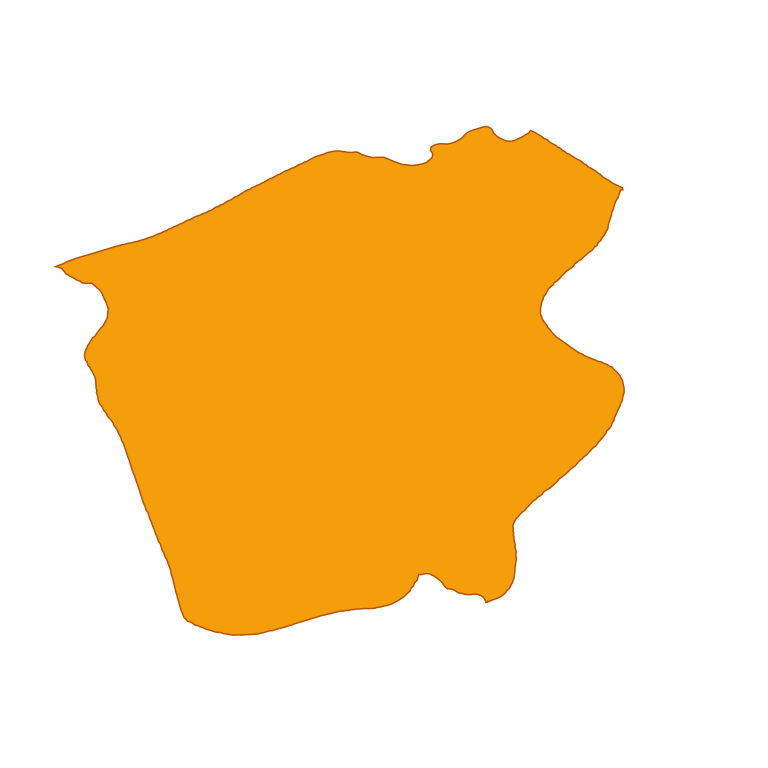 outline of Cidade De Chimoio, Manica, Mozambique, rotated 254°
{"feature_id": "85939544B35135302322965", "entity_name": "Cidade De Chimoio", "entity_type": "district", "adm_level": 2, "iso_a3": "MOZ", "parent_name": "Mozambique", "parent_adm1": "Manica", "projection": "equal_earth", "projection_center": [33.456, -19.135], "detail": "fine", "context": "isolated", "style": "filled", "palette": "amber", "viewbox_px": 768, "rotation_deg": 254, "n_neighbors": 0, "source": "geoboundaries", "source_scale": "gbopen_adm2", "svg_char_len": 6171}
<svg xmlns="http://www.w3.org/2000/svg" viewBox="0 0 768 768"><g transform="rotate(254 384 384)"><path d="M171.9,337.7L173.6,343.3L174.6,345.7L178.1,352.4L180.0,353.3L181.7,356.6L184.4,358.4L186.2,361.8L191.3,364.8L190.5,366.7L190.3,371.9L188.8,375.6L185.2,379.6L181.4,382.4L177.5,384.9L172.4,386.7L169.8,388.3L168.6,391.4L166.9,394.4L162.8,397.9L161.3,400.9L159.2,404.6L157.7,408.7L157.3,412.3L156.3,415.5L153.9,418.9L151.5,420.7L148.8,421.7L146.4,421.7L146.4,422.6L145.9,422.2L145.9,423.9L146.3,426.8L146.6,430.1L146.7,433.5L147.3,436.6L148.1,439.8L149.6,442.8L151.6,445.4L153.1,448.5L155.4,450.4L157.5,452.5L161.7,455.5L165.7,457.3L170.8,459.1L179.8,463.2L182.2,463.2L187.0,465.0L190.9,464.9L193.6,465.8L196.0,466.0L198.5,465.9L201.0,466.8L203.2,466.7L205.3,467.6L207.2,467.6L209.3,468.5L211.2,468.5L213.4,469.4L215.4,471.5L217.8,473.3L219.6,476.7L221.3,479.0L222.7,481.6L223.7,484.5L225.6,486.9L226.6,489.2L228.3,491.6L230.3,494.9L231.1,497.8L232.8,500.4L233.6,503.5L234.4,505.6L236.3,507.7L237.3,510.8L238.2,514.7L239.1,516.8L242.6,523.7L244.4,526.1L247.3,533.7L249.1,537.3L250.8,539.9L252.8,545.6L254.7,548.2L256.5,551.3L257.3,553.7L259.2,556.7L260.0,559.4L262.3,562.7L264.9,567.2L266.1,570.5L268.4,573.3L272.2,579.3L275.7,584.0L277.4,585.1L279.2,588.5L280.7,590.6L283.6,592.5L285.5,595.0L287.8,595.9L290.1,598.1L295.1,602.2L297.2,604.3L299.1,605.5L301.8,607.9L303.5,609.0L305.6,609.9L309.8,612.5L312.4,613.3L315.1,613.8L317.1,613.7L319.6,614.1L322.4,614.1L324.9,613.3L326.9,613.2L328.6,612.2L330.7,611.4L335.0,608.9L337.4,607.9L339.1,605.4L340.7,604.4L343.3,601.0L345.5,598.8L347.2,595.4L349.2,593.2L352.0,589.5L356.2,584.3L357.9,583.1L360.7,579.6L365.7,575.6L368.5,573.2L372.8,569.9L380.6,563.5L382.4,562.2L386.2,560.2L391.1,558.2L393.5,556.9L395.2,556.8L399.7,555.0L402.1,554.2L408.5,553.8L411.0,554.5L413.6,555.4L415.4,556.3L419.3,558.1L421.4,560.2L423.7,561.4L425.7,564.0L430.1,568.2L431.6,571.3L432.6,573.9L434.3,575.5L435.3,578.6L436.9,581.7L439.4,585.5L440.4,587.7L441.9,590.2L444.7,598.1L446.8,600.2L448.6,605.0L449.4,607.6L453.7,616.4L454.7,619.5L455.7,621.7L457.4,623.8L458.4,626.9L460.7,628.7L462.3,632.1L464.8,634.2L466.3,636.8L469.0,639.1L471.5,641.9L476.1,644.0L480.6,647.0L483.5,649.1L486.0,650.2L488.5,652.3L493.6,655.5L496.1,657.4L498.8,660.5L500.7,661.6L505.3,664.9L504.8,667.2L506.8,667.3L513.7,659.4L518.9,655.1L521.1,652.9L523.5,650.9L525.6,649.9L527.6,647.9L529.7,646.7L534.5,642.4L536.0,640.2L538.8,639.0L540.4,637.0L542.3,636.0L544.9,634.0L546.6,631.8L551.8,627.1L553.6,625.8L555.5,623.1L557.5,621.9L559.7,619.7L561.8,618.6L563.8,616.2L566.1,614.9L568.5,612.2L571.4,609.5L573.7,608.5L575.7,605.7L579.3,603.2L581.1,601.1L583.5,599.1L587.3,594.9L585.5,592.5L584.8,589.7L583.6,586.0L582.2,577.4L582.2,573.4L583.8,568.7L587.0,564.7L589.9,561.6L592.8,559.7L595.4,558.5L599.0,557.9L601.9,555.7L603.4,553.5L603.8,548.9L603.6,545.8L603.6,541.2L603.3,536.3L602.6,533.2L600.9,529.8L599.0,526.7L597.5,521.5L596.8,516.3L597.2,511.0L599.6,503.9L599.9,499.0L598.7,494.4L595.7,493.1L593.1,494.0L590.9,494.1L588.7,492.8L586.8,489.8L586.4,487.8L585.6,487.1L585.1,484.5L585.1,481.2L585.3,477.7L585.8,473.7L586.8,469.7L588.7,465.4L590.1,461.7L592.5,458.6L595.4,454.6L601.9,446.5L603.6,440.7L604.8,435.4L608.2,429.5L611.1,425.2L613.5,423.3L614.9,420.6L615.4,417.2L616.6,413.2L618.8,408.8L620.7,404.2L621.6,399.9L622.1,393.4L621.6,389.7L621.3,380.5L620.0,374.3L619.2,370.9L619.2,368.3L618.4,365.7L618.3,362.3L617.5,359.9L616.9,356.6L616.8,353.9L616.0,351.5L616.0,347.7L614.4,342.2L614.3,339.1L612.9,333.8L612.9,331.2L611.1,324.9L610.8,321.6L610.0,319.2L610.0,316.8L609.2,313.7L609.1,311.3L608.1,308.7L608.1,306.3L607.3,302.7L605.7,297.4L604.9,294.3L604.8,291.9L603.1,286.9L603.0,284.5L601.2,278.8L601.2,276.1L600.4,273.5L600.3,270.6L599.3,268.0L598.5,265.3L598.5,263.0L597.7,259.6L597.6,256.0L597.0,253.6L596.9,249.0L595.5,242.8L595.5,240.4L594.9,237.1L594.1,234.7L594.0,232.0L593.2,228.9L593.1,225.8L592.3,222.7L592.3,219.8L591.3,217.2L591.3,214.8L590.6,211.2L590.6,208.8L590.2,205.7L589.6,203.1L589.5,197.7L589.2,194.6L589.1,185.5L589.4,183.1L589.3,179.9L589.9,176.8L589.8,173.2L590.1,171.0L590.1,167.4L590.2,164.5L589.7,134.7L589.8,131.8L589.7,123.1L589.0,113.5L587.9,108.0L587.9,104.9L587.3,100.7L586.4,102.7L583.8,106.1L580.4,107.6L577.3,108.9L576.7,109.7L574.3,111.6L572.2,114.1L570.0,116.0L567.6,118.5L566.9,120.0L564.2,122.0L562.7,125.6L561.4,131.0L552.2,136.8L549.2,137.9L546.6,138.0L544.5,138.5L542.3,138.6L540.2,139.3L531.5,139.6L529.8,138.6L524.7,136.6L521.8,134.5L519.9,132.4L517.2,130.1L515.7,127.0L511.8,121.8L509.7,119.4L508.9,116.8L506.2,113.8L504.3,111.9L502.6,109.7L500.6,108.4L498.2,106.0L494.2,104.0L491.3,103.6L489.3,103.6L487.2,104.6L483.1,104.7L481.2,106.0L479.1,106.0L476.5,107.1L474.1,107.4L471.6,107.9L469.2,108.0L466.7,107.8L464.2,107.2L461.6,106.7L459.1,106.1L456.9,106.2L455.0,105.2L450.3,105.4L448.2,104.9L443.3,105.1L438.8,107.1L436.3,107.2L431.9,109.2L429.4,109.3L424.4,111.8L421.6,112.8L419.1,112.9L412.9,115.0L409.7,115.1L406.5,116.1L401.4,116.3L399.2,117.0L394.7,117.2L392.2,117.5L384.3,117.7L382.2,118.0L367.7,118.3L365.5,118.9L357.6,119.1L355.7,119.4L335.7,119.9L332.7,120.5L328.2,120.6L325.8,121.6L318.0,121.8L315.6,122.3L310.7,122.5L307.7,123.0L303.0,123.1L300.3,123.7L294.7,123.8L291.9,124.9L284.9,125.0L282.5,125.8L277.6,126.0L275.3,126.7L272.7,127.0L268.0,127.2L265.3,127.5L263.1,127.5L260.4,127.1L253.5,127.3L250.8,126.9L245.5,127.0L242.9,126.6L238.0,126.7L235.2,126.6L230.8,126.7L228.4,126.5L221.6,126.7L214.8,127.4L212.8,128.6L210.3,129.6L208.5,132.3L206.6,134.3L204.8,135.3L203.3,138.0L201.5,140.2L197.0,146.1L191.9,153.9L190.1,158.5L188.2,161.0L187.5,163.2L185.9,166.1L184.4,169.3L182.8,175.4L181.9,178.2L181.2,181.7L180.4,184.8L179.0,191.1L178.4,194.4L178.5,196.9L178.2,199.8L178.3,205.5L177.7,208.7L177.9,214.9L177.7,217.6L177.9,229.4L178.1,231.8L178.6,260.7L178.3,263.8L178.3,266.4L178.0,268.9L178.1,273.4L177.8,276.6L177.8,279.4L176.9,282.1L176.9,284.3L176.1,287.7L176.1,290.8L175.4,293.0L175.4,295.4L174.5,298.5L173.9,301.9L173.0,305.3L172.2,307.5L171.0,313.3L171.1,315.7L170.6,319.1L170.6,322.4L170.3,324.9L170.3,327.8L170.6,331.1L171.9,337.7Z" fill="#f59e0b" stroke="#b45309" stroke-width="1.5"/></g></svg>